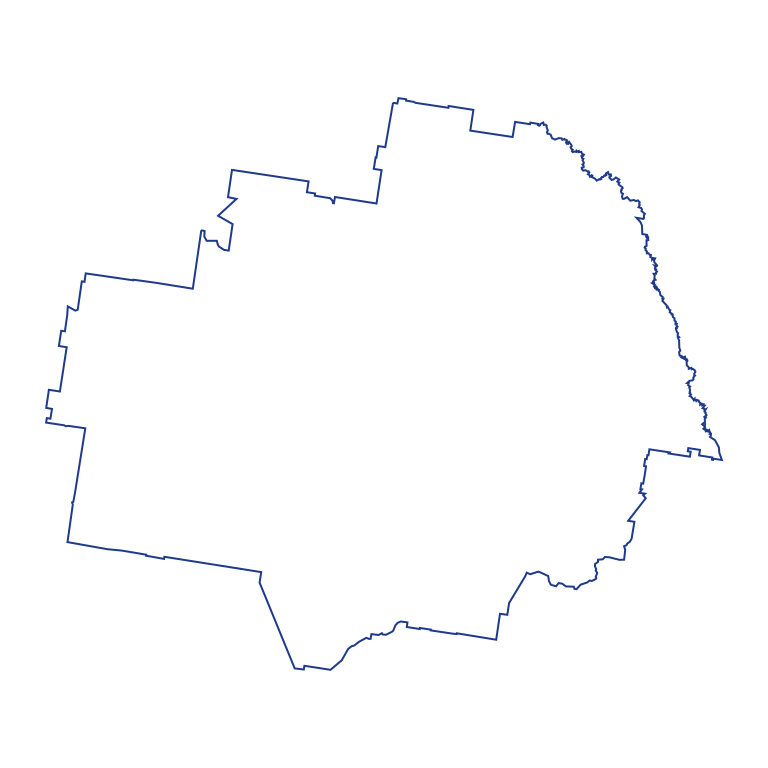 the district of Temora, New South Wales, Australia
{"feature_id": "25037944B57482962875901", "entity_name": "Temora", "entity_type": "district", "adm_level": 2, "iso_a3": "AUS", "parent_name": "Australia", "parent_adm1": "New South Wales", "projection": "mercator", "projection_center": [147.72, -34.383], "detail": "fine", "context": "isolated", "style": "outline", "palette": "blue", "viewbox_px": 768, "rotation_deg": 0, "n_neighbors": 0, "source": "geoboundaries", "source_scale": "gbopen_adm2", "svg_char_len": 6097}
<svg xmlns="http://www.w3.org/2000/svg" viewBox="0 0 768 768"><path d="M67.2,315.4L64.9,331.3L61.2,330.8L58.9,346.0L66.7,347.2L59.9,391.5L48.9,389.8L46.2,407.9L52.0,408.9L50.4,418.7L46.8,418.1L46.1,422.6L64.3,425.3L65.7,426.2L68.7,425.9L85.3,428.3L75.0,492.8L73.3,501.9L72.1,502.4L72.8,504.6L67.5,542.1L107.4,549.2L121.9,550.6L146.2,554.7L146.0,555.7L164.1,558.9L164.4,556.8L261.2,572.1L259.6,582.6L294.7,668.4L303.8,669.5L304.4,665.8L330.5,669.8L341.8,660.2L348.1,649.0L351.8,646.1L354.1,645.6L359.3,641.6L366.4,637.8L368.9,638.9L370.6,638.8L371.4,634.1L378.6,635.0L381.9,633.2L382.6,634.4L385.9,634.8L391.9,631.8L393.2,630.7L395.5,625.2L397.7,622.8L400.8,621.5L407.4,622.4L406.8,627.0L419.8,629.0L419.9,628.0L430.8,629.6L430.7,630.4L452.3,633.6L456.7,634.1L456.8,633.3L496.2,639.7L500.0,613.8L507.3,614.8L509.1,603.0L525.1,576.5L526.7,572.7L530.2,574.2L538.5,571.6L548.2,576.0L549.0,581.1L550.7,584.5L552.0,585.1L556.1,586.3L558.6,583.1L562.2,583.7L565.9,586.4L573.8,586.7L574.4,588.8L576.5,589.2L580.7,584.6L587.1,582.5L589.7,580.5L591.9,581.0L595.9,578.9L596.3,578.0L595.7,576.5L597.3,573.1L595.7,570.4L596.2,569.2L595.0,566.4L595.0,564.1L598.0,561.9L598.0,559.7L602.8,559.3L604.9,557.0L609.5,557.3L619.3,559.8L624.1,559.7L625.2,549.9L624.1,546.2L626.5,545.2L627.3,543.5L629.8,541.8L631.6,538.7L634.4,521.8L628.2,520.8L645.7,498.3L643.2,495.2L645.0,493.7L639.4,492.8L642.0,489.4L640.4,489.2L641.4,483.3L643.2,483.6L644.6,475.8L646.0,466.3L644.1,466.0L645.2,459.0L646.7,459.2L647.4,455.1L648.5,455.2L649.4,449.3L669.7,452.4L668.8,453.5L689.9,456.7L690.7,451.7L687.8,451.3L688.3,448.1L700.0,449.9L699.1,455.4L712.3,457.5L712.0,459.7L713.2,459.9L713.4,458.7L721.9,460.0L719.3,452.7L718.9,447.4L715.0,440.2L710.0,436.9L710.8,435.8L711.0,433.7L709.7,433.8L710.0,432.5L709.2,430.2L708.1,431.6L707.2,430.8L705.8,431.4L705.5,430.7L706.5,429.8L705.5,429.6L705.3,428.4L704.0,429.2L703.4,428.8L704.7,427.4L705.0,425.0L703.6,425.6L702.1,424.3L703.8,422.9L704.9,422.9L704.8,418.4L705.7,417.8L704.4,416.9L705.5,416.1L705.2,415.3L706.0,416.0L706.5,415.2L705.4,413.4L705.7,412.6L704.5,411.6L705.7,409.4L704.5,410.1L704.4,408.9L702.6,408.2L704.7,405.6L703.2,405.3L703.6,404.3L702.7,404.2L702.0,405.0L701.7,403.9L700.2,404.7L700.3,402.8L698.6,401.5L698.7,400.6L696.8,399.9L696.2,400.9L695.5,399.9L694.1,400.3L694.4,398.7L693.3,399.4L691.4,396.9L689.7,396.0L691.0,394.5L689.5,393.1L690.1,392.4L689.7,391.6L690.1,390.0L689.2,387.5L690.1,386.6L688.1,385.1L688.7,383.1L687.2,383.0L689.4,380.9L692.6,380.3L693.5,379.4L693.3,377.5L695.0,375.5L694.2,375.0L694.3,373.5L695.4,371.9L694.6,370.1L692.6,368.8L691.7,369.2L691.3,367.9L688.8,368.8L688.8,367.4L686.8,365.2L686.6,361.7L687.3,361.0L686.4,360.3L687.6,359.1L685.8,359.7L685.0,356.7L683.8,357.2L684.0,358.7L681.4,357.4L682.2,356.6L681.6,356.0L679.6,355.6L679.1,352.0L680.3,350.7L679.3,347.6L679.1,340.5L677.9,337.7L679.1,337.1L677.6,335.9L678.0,333.1L676.9,332.0L675.9,328.8L676.7,328.3L676.2,327.5L677.5,326.7L676.3,325.1L676.8,323.9L675.4,323.7L675.9,321.7L674.5,320.5L674.5,318.3L672.8,316.9L672.7,314.9L671.7,314.5L672.1,313.8L669.7,312.3L670.3,310.2L669.3,309.8L667.8,306.9L667.0,307.4L666.6,305.3L662.4,300.9L663.4,298.8L661.6,298.9L662.7,298.4L662.7,296.9L660.4,295.2L659.8,291.8L658.5,290.7L659.0,289.9L657.8,289.1L656.6,289.6L656.0,288.7L656.9,287.4L656.3,286.7L654.8,287.9L654.0,286.3L655.0,285.0L652.7,283.5L654.2,283.4L654.1,282.2L652.9,281.8L653.7,280.3L655.5,279.8L654.4,278.3L654.7,275.5L653.7,273.8L656.1,273.7L656.0,272.6L657.0,271.6L655.5,270.1L656.1,269.4L655.0,268.8L654.9,267.9L655.7,266.9L654.6,265.6L656.7,266.1L657.1,265.4L654.5,262.5L654.0,260.6L655.1,258.4L653.4,258.1L652.1,259.6L652.0,257.8L650.3,257.0L650.9,255.0L649.8,254.9L648.6,253.3L646.8,253.3L646.9,251.3L645.5,250.1L645.8,248.7L644.6,247.6L644.9,246.7L646.6,245.9L646.5,240.3L648.2,240.1L648.2,237.4L647.6,236.3L646.8,237.6L646.1,236.7L646.8,234.8L642.3,234.0L642.0,225.7L640.6,222.3L636.5,217.8L643.5,218.9L644.0,217.9L643.8,215.4L644.9,213.9L641.5,211.0L642.0,209.3L641.0,207.9L638.5,207.2L639.8,204.8L639.1,203.9L639.7,202.3L637.9,200.4L635.9,201.1L633.9,200.0L630.3,200.7L627.0,197.1L624.0,198.9L622.7,198.8L622.0,196.6L622.9,193.7L621.6,193.1L620.9,191.3L621.6,190.3L621.3,189.4L622.6,188.4L622.5,187.4L618.7,184.6L618.5,183.8L619.4,182.7L617.3,181.6L619.2,179.5L615.9,177.5L613.4,179.5L611.6,179.9L609.3,177.6L609.7,176.5L611.1,175.9L610.8,174.4L608.7,174.4L608.0,172.1L605.9,173.5L606.3,175.1L605.0,175.8L604.4,175.4L603.2,177.0L602.0,176.9L601.1,177.9L601.4,178.9L599.9,179.6L599.3,179.1L596.7,180.6L595.0,178.6L591.9,177.1L592.4,175.7L591.8,175.2L590.0,176.7L589.1,174.6L588.0,174.3L589.3,172.4L588.7,171.4L588.1,171.9L585.6,170.2L583.1,170.6L581.9,169.1L581.7,167.7L583.6,167.3L583.7,166.0L582.5,164.4L583.6,163.7L583.8,162.5L582.5,160.2L583.4,158.8L582.0,158.0L581.5,156.1L583.1,155.9L583.9,154.6L582.1,153.9L581.3,151.8L578.6,152.2L578.7,151.0L577.1,151.4L576.5,150.8L576.2,151.9L574.6,151.5L572.8,152.1L571.9,151.1L572.7,149.7L571.4,149.0L570.6,147.2L571.7,146.4L571.6,145.4L569.0,141.8L568.3,142.3L568.1,143.9L567.0,143.9L566.0,142.6L567.0,140.4L566.0,139.7L564.9,139.7L564.3,139.0L562.3,139.8L561.7,138.4L558.9,138.1L555.0,139.6L552.0,138.1L550.8,134.9L549.0,133.7L547.6,133.8L546.9,132.2L547.8,130.5L546.5,127.0L546.7,125.5L545.7,124.7L543.8,124.9L543.3,122.5L540.3,124.0L540.1,125.2L539.2,125.7L537.9,125.0L538.0,123.9L530.3,122.6L530.0,124.2L515.1,121.9L512.6,137.0L470.3,130.6L473.4,109.9L448.6,106.0L448.4,107.8L415.4,102.8L413.8,101.9L406.1,100.6L406.1,99.2L398.5,98.2L397.3,103.5L393.6,102.9L392.9,103.6L385.3,147.1L378.2,146.1L376.4,157.6L375.6,157.4L373.8,168.9L381.6,170.1L376.5,203.5L335.0,197.0L333.9,203.3L333.0,203.2L332.5,200.7L330.1,198.2L314.8,195.7L315.1,193.5L306.9,192.2L308.6,181.4L232.0,169.9L228.0,197.2L236.5,198.9L218.1,215.8L232.6,224.1L228.7,250.6L224.1,249.9L219.0,246.6L217.9,244.9L216.8,240.8L206.7,240.8L204.3,236.6L204.6,231.0L201.9,230.4L201.2,231.0L192.8,288.7L155.9,282.8L133.4,279.7L133.3,280.3L85.7,273.4L84.5,281.8L81.8,281.4L77.7,309.8L75.3,310.6L67.8,306.4L67.2,315.4Z" fill="none" stroke="#1e3a8a" stroke-width="2"/></svg>